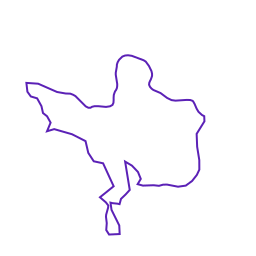 map outline of Fingal (Equal Earth projection), rotated 61°
{"feature_id": "IRL-5574", "entity_name": "Fingal", "entity_type": "County", "adm_level": 1, "iso_a3": "IRL", "parent_name": "Ireland", "parent_adm1": "", "projection": "equal_earth", "projection_center": [-6.266, 53.497], "detail": "fine", "context": "isolated", "style": "outline", "palette": "violet", "viewbox_px": 256, "rotation_deg": 61, "n_neighbors": 0, "source": "natural_earth", "source_scale": "10m", "svg_char_len": 1477}
<svg xmlns="http://www.w3.org/2000/svg" viewBox="0 0 256 256"><g transform="rotate(61 128 128)"><path d="M154.6,55.6L159.2,57.9L166.4,70.8L177.9,76.6L190.6,81.2L199.0,85.8L202.4,90.5L205.4,97.6L206.4,105.4L203.6,112.7L196.5,121.2L194.6,124.7L193.6,128.9L190.5,133.3L185.6,142.9L181.8,146.8L178.7,141.5L171.3,140.6L162.8,142.8L156.0,146.8L183.0,156.5L185.0,162.4L186.6,168.5L190.5,172.3L189.0,174.0L186.3,177.9L184.8,179.5L191.6,182.1L209.0,182.9L216.7,186.7L212.0,196.2L206.7,196.5L200.9,192.7L195.0,190.3L193.2,189.1L188.0,184.0L186.3,182.8L182.3,183.4L175.0,186.1L172.0,168.8L146.8,166.9L140.5,174.1L130.5,174.8L118.9,171.5L106.3,180.0L93.2,193.1L91.6,200.4L85.8,193.1L78.5,193.1L73.7,195.1L66.9,193.1L58.0,193.1L53.3,197.7L47.5,198.4L39.3,195.0L45.7,185.1L62.1,172.6L67.6,165.8L70.0,161.8L72.3,159.9L74.6,158.5L88.6,154.5L91.0,152.9L92.1,150.9L92.0,149.2L92.7,146.7L94.4,143.6L98.9,137.0L100.3,133.2L100.3,130.4L98.9,128.5L96.4,126.9L94.7,126.0L92.2,124.4L90.9,123.0L89.7,121.6L88.9,119.9L87.7,118.4L86.2,117.2L84.3,116.1L75.5,112.9L73.7,111.9L69.0,108.1L67.2,107.0L65.5,105.2L64.0,102.7L62.8,98.3L63.2,95.4L64.4,92.7L66.7,89.7L76.3,81.5L78.5,80.3L83.9,79.6L89.6,79.9L92.1,80.6L94.1,81.7L95.4,83.1L96.6,84.5L97.6,86.0L98.8,87.5L100.4,88.6L102.7,88.8L105.0,88.3L107.0,87.4L113.2,82.6L120.7,79.2L124.7,76.4L127.1,73.2L131.9,63.0L133.7,60.0L135.6,58.3L136.9,58.1L139.3,58.1L144.3,58.6L148.0,58.5L152.5,57.0L154.6,55.6Z" fill="none" stroke="#5b21b6" stroke-width="2"/></g></svg>